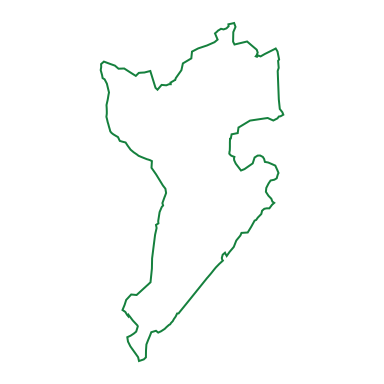 Mayo-Belwa, Adamawa, Nigeria (Equal Earth projection)
{"feature_id": "59680162B66628176907248", "entity_name": "Mayo-Belwa", "entity_type": "district", "adm_level": 2, "iso_a3": "NGA", "parent_name": "Nigeria", "parent_adm1": "Adamawa", "projection": "equal_earth", "projection_center": [11.944, 8.94], "detail": "fine", "context": "isolated", "style": "outline", "palette": "green", "viewbox_px": 384, "rotation_deg": 0, "n_neighbors": 0, "source": "geoboundaries", "source_scale": "gbopen_adm2", "svg_char_len": 3263}
<svg xmlns="http://www.w3.org/2000/svg" viewBox="0 0 384 384"><path d="M127.3,337.2L128.0,341.6L130.4,346.4L138.1,357.2L139.0,361.0L143.8,359.4L145.9,357.4L146.0,350.6L146.4,344.5L148.0,340.4L150.0,335.6L151.3,332.2L156.0,330.8L158.2,332.6L161.0,331.3L164.7,328.9L166.6,327.0L169.0,324.9L170.2,324.3L170.9,323.1L172.8,321.1L173.8,319.2L175.7,316.5L177.1,313.5L178.6,313.4L179.5,312.2L187.7,302.1L207.1,278.0L207.4,277.7L210.9,273.6L214.0,269.7L215.9,267.4L219.4,263.8L222.9,260.6L222.2,259.6L221.8,258.0L222.7,254.7L225.0,252.7L225.7,254.2L226.7,256.0L229.5,252.0L233.8,246.9L236.3,240.5L240.4,235.5L241.5,232.9L247.7,232.5L251.2,226.8L254.6,220.6L256.2,219.9L257.8,217.6L261.3,214.0L262.1,210.7L264.3,208.8L266.8,208.3L269.4,208.3L272.1,204.7L274.2,202.9L272.4,201.6L271.3,198.7L268.4,195.7L265.9,191.8L266.3,187.9L268.6,183.4L270.6,180.5L274.4,179.7L276.7,178.3L277.8,174.5L278.5,173.0L277.5,170.5L275.3,165.6L271.0,163.7L268.2,162.5L264.9,161.9L264.1,158.9L262.8,156.9L260.1,155.5L257.6,155.6L254.6,157.5L252.7,163.4L244.5,169.1L241.0,170.5L235.8,163.7L234.2,160.3L234.0,158.5L234.4,156.9L232.0,156.0L231.8,155.9L230.7,155.3L229.3,153.7L229.5,151.5L229.7,151.1L229.8,150.1L229.9,146.5L229.9,142.2L230.0,139.6L230.0,138.7L230.8,138.5L231.6,134.3L237.7,133.1L238.5,127.5L238.9,127.3L250.0,120.6L264.1,118.5L267.7,118.0L273.3,120.5L277.4,118.4L278.9,116.5L280.5,116.3L283.3,114.7L282.4,112.3L279.8,109.0L278.9,100.3L278.8,99.2L277.7,71.0L278.7,67.9L278.1,60.8L279.1,59.5L277.5,51.5L275.7,48.5L273.8,49.5L264.8,54.0L260.6,56.4L258.2,55.5L257.0,56.8L255.8,56.3L256.6,55.3L257.7,52.5L256.7,49.7L251.5,45.3L247.1,41.5L234.5,44.5L233.1,41.7L233.3,32.1L235.5,26.9L234.1,23.0L232.6,23.4L228.4,24.3L228.6,26.3L226.4,28.4L223.6,29.4L221.0,28.8L219.1,30.0L217.9,30.7L217.1,31.6L215.0,33.4L217.6,39.6L214.5,42.2L206.7,45.6L206.0,45.8L198.2,48.4L192.0,51.6L191.3,58.4L182.9,63.4L181.4,70.2L175.8,78.1L175.2,80.0L174.5,80.2L173.8,80.7L173.0,81.2L171.9,81.8L171.1,82.3L171.0,82.6L170.5,82.7L170.7,84.2L169.0,84.2L166.3,85.3L161.6,84.9L157.5,89.7L155.5,87.8L150.3,71.0L144.4,72.5L140.8,72.7L138.8,72.9L135.8,75.9L132.3,73.7L128.4,71.2L124.2,68.5L118.5,68.7L114.9,65.6L110.6,64.1L103.9,61.6L101.1,64.1L101.2,67.0L100.7,70.1L102.1,75.2L102.6,78.1L104.6,79.3L106.9,83.7L107.6,86.7L109.0,92.5L108.5,94.9L108.0,98.0L107.6,100.2L107.0,102.8L106.5,105.1L106.7,108.2L106.8,111.3L106.8,113.7L106.4,116.8L107.0,119.1L107.7,122.2L108.4,124.5L109.0,126.8L109.7,129.1L110.3,131.4L111.5,132.9L113.3,134.3L115.6,135.7L118.0,137.1L119.8,140.9L120.2,141.0L122.1,141.6L124.5,142.2L125.6,142.5L127.6,145.6L130.6,149.7L132.4,151.2L133.7,152.3L136.8,154.4L138.7,155.9L139.1,156.0L139.8,156.3L141.4,157.0L146.9,159.2L148.0,159.5L149.9,160.1L151.9,161.1L151.5,167.8L156.1,174.4L159.6,180.1L162.9,185.5L165.4,188.7L166.1,193.0L164.8,196.6L164.7,196.7L162.4,203.1L163.1,205.5L161.8,206.9L161.4,207.8L160.1,210.9L159.6,212.1L158.2,221.1L158.4,223.4L156.0,224.9L156.6,228.0L155.1,234.7L153.7,245.7L152.1,258.4L151.9,268.6L150.5,282.3L136.6,295.0L131.2,294.5L126.2,299.9L124.6,304.9L122.5,310.0L125.3,311.9L127.1,314.9L128.3,316.3L128.6,315.0L130.1,316.9L132.8,320.5L137.4,325.4L137.6,325.8L137.8,326.4L136.2,331.6L133.8,333.6L130.6,335.7L127.3,337.2Z" fill="none" stroke="#15803d" stroke-width="2"/></svg>